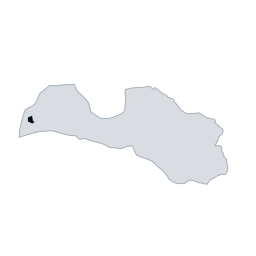 Tadaiķu pag., Durbes, Latvia shown in context, rotated 11°
{"feature_id": "27541924B16755301218302", "entity_name": "Tadaiķu pag.", "entity_type": "district", "adm_level": 2, "iso_a3": "LVA", "parent_name": "Latvia", "parent_adm1": "Durbes", "projection": "natural_earth1", "projection_center": [21.303, 56.588], "detail": "fine", "context": "in_parent", "style": "filled", "palette": "ink", "viewbox_px": 256, "rotation_deg": 11, "n_neighbors": 0, "source": "geoboundaries", "source_scale": "gbopen_adm2", "svg_char_len": 2895}
<svg xmlns="http://www.w3.org/2000/svg" viewBox="0 0 256 256"><g transform="rotate(11 128 128)"><path d="M187.2,173.2L185.7,173.1L181.4,171.9L177.8,170.1L175.7,167.7L171.9,164.5L169.5,162.9L165.6,160.8L159.2,156.6L156.9,155.7L145.7,153.8L141.7,153.0L137.8,148.3L136.6,145.5L134.7,145.0L132.8,145.6L130.6,146.1L125.6,149.4L124.0,149.8L120.9,149.9L113.6,150.6L110.3,149.4L104.5,148.1L101.4,147.9L98.6,147.9L86.3,146.7L84.1,148.1L81.8,148.3L79.6,146.2L76.9,145.6L73.9,146.3L68.4,146.4L61.8,145.7L53.6,145.2L52.3,145.4L43.1,148.2L40.9,148.7L30.9,153.5L23.0,157.9L22.0,150.8L22.6,136.5L23.7,129.4L29.2,125.3L31.9,122.1L33.5,117.8L34.0,113.9L35.1,110.6L43.0,101.2L49.2,100.2L57.6,97.6L67.1,95.5L68.9,98.2L69.8,100.3L81.3,108.0L84.2,110.5L88.7,119.4L99.3,123.8L107.6,122.4L111.2,120.3L117.8,116.2L120.7,113.3L121.3,110.5L119.9,98.4L118.0,93.2L118.6,90.0L119.7,90.2L122.5,88.6L131.7,85.7L133.5,85.6L135.6,85.0L141.4,82.8L143.3,83.9L144.9,85.3L145.7,85.3L146.1,84.8L146.0,83.9L146.4,83.3L148.1,83.7L154.9,87.3L157.5,88.1L159.3,88.4L161.4,90.1L167.2,91.2L168.0,92.1L168.4,93.2L173.9,97.8L176.4,100.1L181.3,102.2L183.4,102.7L191.7,100.6L194.0,99.8L195.9,99.8L197.9,100.9L202.5,102.5L206.6,103.0L207.3,102.9L210.7,103.0L212.0,103.6L212.9,106.6L216.9,108.9L220.6,110.8L221.5,111.7L221.9,113.4L221.7,115.4L221.3,116.5L219.8,117.7L218.6,120.7L218.5,123.6L216.6,128.6L217.1,128.7L221.5,127.8L222.7,128.3L223.7,129.4L224.2,132.5L225.7,133.9L227.2,136.1L227.7,137.9L230.6,139.9L230.9,141.2L232.8,145.9L233.6,148.6L234.0,150.7L233.2,153.4L232.5,155.2L231.6,155.1L229.1,155.5L225.2,157.7L219.4,162.8L217.9,164.0L216.5,167.9L216.1,168.2L212.6,168.1L211.7,168.0L208.2,168.1L200.6,167.0L197.6,167.7L193.9,171.7L192.4,172.2L187.9,172.8L187.2,173.2Z" fill="#d9dde1" stroke="#a8b0b8" stroke-width="1"/><path d="M33.2,139.7L32.8,139.4L32.6,139.3L32.2,138.8L32.1,138.6L32.1,138.4L32.1,138.2L31.9,137.8L31.9,137.7L32.0,137.5L32.0,137.3L32.0,137.2L31.8,137.0L31.7,137.0L31.7,136.9L31.6,136.7L31.4,136.5L31.3,136.4L31.2,136.3L31.2,136.2L31.0,135.9L31.0,135.7L30.9,135.8L30.7,135.8L30.6,136.0L30.4,136.2L30.4,136.3L30.2,136.4L29.9,136.4L29.7,136.4L29.5,136.5L29.4,136.5L29.1,136.6L29.2,136.8L29.3,136.9L29.4,137.1L29.6,137.2L29.6,137.3L29.6,137.5L29.7,137.8L29.4,137.8L29.5,137.9L29.4,137.9L29.4,138.0L29.2,138.2L29.2,138.3L28.9,138.4L29.0,138.5L29.1,138.8L29.1,139.0L29.1,139.3L29.1,139.5L28.9,139.5L29.0,139.5L29.3,139.6L29.5,139.6L29.5,139.8L29.5,140.0L29.4,140.0L29.2,140.2L29.1,140.3L29.0,140.5L29.1,140.4L29.1,140.5L29.1,140.4L29.4,140.4L29.6,140.4L29.8,140.4L30.0,140.3L30.3,140.3L30.5,140.2L30.8,140.2L31.0,140.1L31.3,140.0L31.6,140.0L31.8,140.2L32.0,140.2L32.0,140.3L32.0,140.5L32.1,140.8L32.0,140.7L32.0,140.8L32.4,140.9L32.5,140.8L32.8,140.9L33.0,140.9L33.3,140.9L33.4,140.7L33.3,140.4L33.4,140.2L33.5,140.2L33.3,140.1L33.2,139.9L33.1,139.7L33.2,139.7Z" fill="#0f172a" stroke="#020617" stroke-width="1.5"/></g></svg>